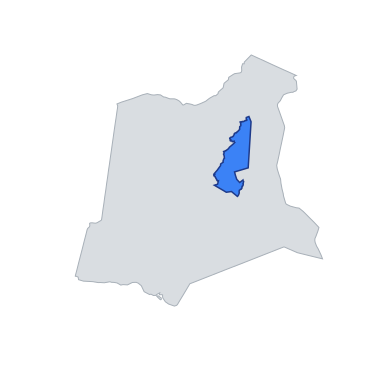 Laisamis, Eastern, Kenya (highlighted), rotated 69°
{"feature_id": "3690345B46270372847124", "entity_name": "Laisamis", "entity_type": "district", "adm_level": 2, "iso_a3": "KEN", "parent_name": "Kenya", "parent_adm1": "Eastern", "projection": "albers", "projection_center": [37.15, 2.304], "detail": "fine", "context": "in_parent", "style": "filled", "palette": "blue", "viewbox_px": 384, "rotation_deg": 69, "n_neighbors": 0, "source": "geoboundaries", "source_scale": "gbopen_adm2", "svg_char_len": 6902}
<svg xmlns="http://www.w3.org/2000/svg" viewBox="0 0 384 384"><g transform="rotate(69 192 192)"><path d="M82.9,230.5L82.8,225.8L83.5,214.0L83.5,203.6L84.1,198.4L86.7,195.1L87.9,192.7L88.7,189.3L90.1,186.6L93.2,184.4L93.7,183.2L97.0,179.4L98.9,174.7L100.4,173.0L102.2,171.5L103.5,170.8L105.6,170.0L107.3,169.5L107.6,169.1L107.7,168.4L107.2,165.4L107.9,164.4L109.0,162.5L110.3,160.6L111.5,159.4L112.2,158.2L112.5,156.2L112.5,154.7L112.5,152.3L112.2,146.8L110.8,142.2L110.0,137.0L110.6,135.3L109.5,132.3L109.0,132.2L108.1,131.5L107.0,128.7L106.1,126.1L105.6,125.4L102.0,123.1L100.2,117.8L98.1,116.6L97.0,111.3L96.8,109.8L98.0,104.5L97.9,103.3L96.6,102.1L93.2,101.0L90.4,98.8L90.8,98.0L91.0,97.3L89.5,96.7L85.3,87.6L90.8,82.2L96.4,76.7L103.5,69.8L110.0,63.4L115.6,57.8L120.6,52.9L120.5,53.9L120.5,55.1L121.2,55.9L122.2,56.4L123.6,55.9L124.9,55.1L126.1,54.9L133.6,57.0L134.9,58.8L134.8,60.7L135.1,62.1L134.5,63.5L133.9,67.8L134.1,71.7L136.3,74.5L138.4,76.8L140.0,80.0L141.2,81.0L142.8,81.5L148.0,81.6L155.6,81.8L163.0,82.0L163.7,82.1L165.3,82.5L172.1,86.8L178.3,90.8L183.5,94.2L188.7,97.5L193.6,100.7L197.5,103.4L201.3,104.2L207.5,104.6L211.7,104.7L215.7,105.8L221.6,106.9L226.0,107.4L228.6,108.0L236.0,108.6L237.2,108.3L240.4,105.3L244.0,100.4L245.4,97.8L250.1,95.1L258.4,91.4L264.2,88.8L270.6,86.2L273.5,88.4L277.6,92.0L279.4,93.8L280.9,94.6L283.1,95.1L285.7,95.1L287.2,95.1L290.2,94.6L297.2,94.1L301.2,94.1L297.8,99.0L293.8,104.8L286.4,115.4L280.8,121.1L276.6,125.3L276.2,126.1L276.2,130.8L276.3,142.3L276.5,165.4L276.6,188.4L276.8,211.5L276.9,223.0L276.9,226.9L280.7,231.7L284.4,236.4L289.2,242.6L291.9,246.0L292.3,247.1L292.2,249.3L288.2,254.0L284.9,256.2L280.5,257.2L279.2,257.0L277.5,256.3L276.8,257.5L276.3,259.2L275.3,258.9L274.6,258.3L275.0,261.4L275.5,263.0L274.8,265.1L272.7,266.9L272.5,268.4L267.9,272.4L261.3,272.9L257.8,274.9L256.3,276.5L255.1,280.1L255.6,285.5L253.7,289.7L253.4,291.8L250.0,294.6L248.5,297.1L247.4,299.6L246.4,300.7L245.3,306.4L243.7,309.9L243.3,311.0L242.9,312.1L241.7,314.1L240.9,315.5L240.3,316.4L236.3,325.3L233.2,329.3L230.7,328.8L229.1,330.3L228.9,331.1L228.0,330.7L226.0,329.2L221.8,326.2L217.5,323.2L213.3,320.2L209.1,317.2L204.9,314.2L200.6,311.2L196.4,308.2L192.2,305.2L189.7,303.5L188.6,302.4L187.8,300.4L187.3,299.8L186.2,299.2L184.9,299.0L184.5,298.6L184.5,297.6L185.0,296.2L186.5,293.4L186.7,291.8L186.4,290.0L185.9,287.0L185.5,286.4L182.7,284.8L176.8,281.6L171.0,278.3L165.1,275.1L159.3,271.8L153.4,268.6L147.6,265.3L141.7,262.1L135.9,258.8L130.1,255.6L124.2,252.3L118.4,249.1L112.5,245.8L106.7,242.6L100.8,239.3L95.0,236.0L89.2,232.8L87.0,231.5L85.0,230.5L82.9,230.5ZM277.4,262.0L276.4,262.3L276.9,260.7L279.9,258.7L281.2,259.1L281.4,259.6L281.3,260.0L280.8,260.4L277.4,262.0Z" fill="#d9dde1" stroke="#a8b0b8" stroke-width="1"/><path d="M212.4,151.2L212.2,150.7L211.8,150.1L211.6,149.8L211.4,149.7L211.0,149.2L210.6,148.9L210.2,148.5L209.4,148.1L208.3,147.8L208.2,147.7L207.8,147.5L207.7,147.4L207.3,147.1L207.3,146.8L207.3,146.7L207.2,146.5L207.2,146.3L207.1,146.1L207.0,145.9L206.9,145.8L206.9,145.6L206.9,145.1L207.0,145.0L207.0,144.9L206.8,144.8L206.6,144.7L206.5,144.4L206.4,144.1L206.2,144.0L205.9,144.0L205.8,143.9L205.7,143.8L205.6,143.7L205.4,143.5L205.2,143.4L204.7,143.3L204.7,142.8L204.6,142.6L204.4,142.6L204.3,142.2L204.1,142.0L203.9,141.9L203.6,141.6L203.4,141.5L203.2,141.5L202.9,141.5L202.7,141.5L202.7,141.4L202.5,141.2L202.4,141.1L202.2,141.0L201.8,140.8L201.7,140.7L201.4,140.5L201.2,140.4L200.8,140.1L200.6,140.0L200.4,140.1L200.0,140.2L199.7,140.3L199.4,140.3L199.1,140.2L200.0,143.3L200.2,144.1L196.2,145.7L192.2,145.5L188.5,145.1L189.6,130.9L147.6,111.7L141.9,111.8L141.9,114.6L142.2,114.7L142.4,114.9L142.5,114.9L142.6,115.0L142.8,115.0L143.0,115.0L143.3,115.1L143.5,115.1L143.8,115.3L144.0,115.4L144.3,115.4L144.3,115.2L144.5,115.0L144.7,115.3L144.6,115.9L144.6,116.2L144.3,116.9L144.3,117.0L144.5,117.2L144.6,117.4L144.6,117.5L144.7,118.0L144.6,118.5L144.7,118.8L144.6,119.1L144.4,119.1L144.3,119.4L144.4,119.5L144.4,119.9L144.4,120.1L144.2,120.4L144.3,120.5L144.2,120.6L144.2,120.8L144.0,121.1L143.9,121.4L143.9,121.7L144.0,121.7L144.0,121.8L144.2,121.7L144.3,121.7L144.2,121.9L144.2,122.0L144.3,122.0L144.9,122.0L145.0,122.0L145.4,122.0L145.8,122.0L146.0,122.2L146.4,122.2L146.6,122.4L146.8,122.3L147.2,122.5L147.4,122.5L147.5,122.4L147.5,122.2L147.6,122.4L147.6,122.6L147.6,122.8L147.7,123.0L147.8,123.2L147.9,123.6L148.0,123.8L148.2,124.1L148.5,124.2L149.1,124.4L149.1,124.5L149.3,124.6L149.6,124.7L150.0,124.9L150.4,124.9L150.5,125.0L150.9,125.5L151.0,125.7L151.0,125.8L151.1,126.1L151.4,126.8L151.6,127.0L151.8,127.3L151.8,127.5L152.0,127.8L152.0,128.0L152.0,128.4L152.1,128.5L152.2,128.8L152.3,129.0L152.5,129.0L152.7,129.3L152.5,129.6L152.4,129.7L152.4,129.9L152.4,130.0L152.4,130.6L152.5,130.9L152.5,131.2L152.6,131.3L152.8,131.6L152.9,131.8L153.2,131.8L153.4,131.8L153.5,132.0L153.9,132.6L154.0,132.8L154.4,133.1L154.6,133.2L154.7,133.6L154.8,133.9L154.8,134.1L155.0,134.2L155.0,134.3L155.0,134.6L155.0,134.8L154.9,135.0L155.0,135.5L154.9,135.8L154.8,136.0L154.8,136.3L155.0,136.7L155.2,137.4L155.3,137.4L155.4,137.5L155.5,137.5L155.8,137.7L156.0,137.6L156.0,137.4L156.2,137.5L156.3,137.4L156.5,137.4L156.7,137.2L156.9,137.4L157.0,137.5L157.3,137.7L157.5,137.5L157.5,137.2L157.8,137.3L157.9,137.5L158.0,137.4L158.0,137.5L157.9,137.8L158.0,137.8L158.0,137.7L158.1,137.4L158.1,137.1L158.3,137.1L158.5,137.0L158.6,136.8L158.8,136.4L159.2,136.0L159.3,136.0L159.5,136.1L159.6,135.8L159.6,135.7L159.7,135.4L159.7,135.2L159.7,134.9L159.6,134.5L159.8,134.5L160.1,134.6L160.4,134.5L160.5,134.5L161.0,134.5L161.1,134.4L161.4,135.0L161.6,135.3L163.6,141.0L163.8,141.3L164.1,141.6L164.9,143.2L165.0,143.3L165.1,144.2L165.5,145.1L165.4,145.7L165.5,145.7L165.6,145.8L165.6,146.2L165.7,146.9L165.6,147.1L165.6,147.6L165.5,147.9L165.5,148.0L165.8,148.0L166.1,147.8L166.4,147.8L166.5,147.8L166.8,148.0L167.2,148.3L167.8,148.5L168.1,148.9L168.1,149.0L169.9,149.0L170.0,149.0L170.4,149.2L171.0,149.4L171.5,149.5L172.0,149.5L172.3,150.1L172.5,150.5L172.8,150.8L173.8,151.5L174.1,151.9L174.2,152.0L174.3,152.0L174.6,152.0L175.3,152.1L176.1,155.2L176.2,155.3L177.2,155.7L177.6,155.9L177.7,156.0L179.0,158.1L180.8,160.8L181.5,162.2L183.1,165.1L183.3,165.2L183.4,165.3L183.5,165.5L183.8,165.8L183.7,165.9L183.9,165.8L183.9,165.7L184.0,165.7L184.2,165.4L184.2,165.2L184.4,165.5L184.5,165.6L184.9,165.6L184.9,165.4L185.1,165.4L185.3,165.2L185.5,165.0L185.7,164.9L185.8,165.0L186.0,165.0L186.2,164.9L186.3,164.9L186.5,165.0L186.8,164.9L187.4,164.7L187.5,164.7L187.8,164.8L188.0,164.8L188.3,164.6L188.5,164.6L188.9,164.6L189.0,164.6L189.2,164.4L189.3,164.4L189.4,164.5L189.6,164.6L189.9,164.5L190.0,164.5L190.2,164.3L190.3,164.3L190.5,164.4L190.9,164.2L191.0,164.0L191.0,163.8L191.1,163.7L191.1,163.4L193.9,165.3L193.7,168.7L195.6,167.2L201.8,162.2L204.5,160.1L205.7,155.0L212.4,151.2Z" fill="#3b82f6" stroke="#1e3a8a" stroke-width="1.5"/></g></svg>